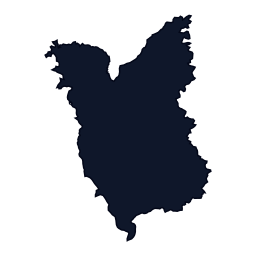 outline of General Carneiro, Paraná, Brazil
{"feature_id": "56859067B36674538841935", "entity_name": "General Carneiro", "entity_type": "district", "adm_level": 2, "iso_a3": "BRA", "parent_name": "Brazil", "parent_adm1": "Paraná", "projection": "albers", "projection_center": [-51.392, -26.479], "detail": "fine", "context": "isolated", "style": "filled", "palette": "ink", "viewbox_px": 256, "rotation_deg": 0, "n_neighbors": 0, "source": "geoboundaries", "source_scale": "gbopen_adm2", "svg_char_len": 5544}
<svg xmlns="http://www.w3.org/2000/svg" viewBox="0 0 256 256"><path d="M57.0,40.3L55.0,41.5L52.6,41.9L53.7,43.8L55.2,44.6L55.4,46.6L54.4,47.3L51.5,46.0L50.4,46.9L51.8,49.4L51.2,50.8L50.8,52.5L49.3,51.7L48.1,52.1L47.8,53.5L45.2,55.1L46.3,57.3L47.3,56.5L48.8,55.9L50.9,56.3L51.5,54.1L53.4,53.3L54.8,54.6L55.8,56.1L56.5,57.4L56.5,58.9L56.6,61.1L58.5,61.7L59.2,62.9L59.3,64.7L59.0,66.5L57.7,66.8L56.0,66.4L55.7,67.9L52.1,69.8L54.0,70.6L56.1,71.1L57.0,72.0L59.0,72.9L60.3,73.3L62.7,74.6L63.2,76.0L63.3,78.1L64.0,79.4L62.0,79.1L60.2,78.4L60.5,79.8L60.9,81.2L60.0,82.7L58.1,85.0L56.9,87.6L58.7,87.2L59.0,88.7L60.9,88.6L62.0,87.1L63.8,86.2L65.3,86.2L66.8,86.6L68.6,86.1L70.6,86.8L72.2,87.5L71.6,89.7L69.1,91.1L68.4,93.3L67.8,95.3L67.5,97.2L67.8,99.2L69.3,100.7L69.6,103.2L70.8,101.8L72.1,103.4L71.0,104.4L72.1,105.5L72.9,106.7L74.8,107.5L76.2,108.4L76.6,110.6L76.4,113.0L76.7,114.8L78.0,116.5L76.8,117.7L75.3,118.1L76.8,119.2L78.2,120.2L79.1,122.6L80.8,124.5L82.4,125.7L81.9,128.0L80.4,128.9L79.5,130.1L79.6,131.9L79.1,133.4L80.1,135.5L78.9,136.4L78.3,138.1L77.9,139.7L78.3,141.2L77.5,142.5L77.6,144.0L78.5,146.3L78.7,147.8L80.1,150.8L79.8,152.4L79.1,154.0L79.5,155.9L81.6,158.1L82.5,159.3L82.9,161.3L83.0,163.9L83.3,165.3L83.7,167.9L84.5,169.6L84.2,171.3L85.0,176.4L86.3,176.1L88.1,176.7L90.3,177.8L92.0,179.5L93.5,181.7L94.5,183.3L95.7,184.8L97.1,186.4L98.3,188.1L98.8,189.4L96.4,190.5L96.3,192.8L95.5,194.7L95.5,196.5L98.1,195.4L100.3,194.5L103.2,195.4L105.0,198.0L105.9,199.4L107.0,201.5L109.1,204.5L108.3,206.9L108.4,210.2L110.7,212.6L112.4,214.7L115.2,216.6L116.0,220.1L116.5,224.7L117.5,227.1L118.8,228.3L121.6,229.9L124.3,230.2L125.8,231.1L128.2,232.0L129.0,233.5L128.1,235.9L127.2,238.8L127.3,240.6L128.4,240.0L131.6,238.8L133.5,236.8L134.5,235.0L134.9,233.7L135.3,231.7L135.3,230.3L135.3,228.7L135.5,226.8L135.2,225.3L134.2,224.0L133.0,223.5L131.7,223.1L130.6,222.0L131.7,220.2L133.1,218.9L134.1,217.5L135.1,216.7L136.1,215.4L137.9,214.7L139.5,214.0L140.9,213.2L142.4,212.9L144.0,213.5L145.7,213.3L147.0,212.8L148.0,211.9L150.4,211.2L151.9,209.8L153.7,208.7L155.2,208.3L156.7,208.4L158.5,208.5L159.8,208.8L161.1,207.8L162.6,207.6L164.0,208.9L164.5,210.8L165.2,212.1L166.6,211.3L168.5,210.7L170.0,209.7L171.5,209.9L173.2,211.0L175.0,211.0L177.4,211.2L179.2,210.5L180.6,210.2L182.0,210.2L182.2,208.9L182.1,207.4L181.9,206.1L182.9,205.0L184.4,205.0L185.5,204.2L185.3,202.1L187.2,202.3L188.7,202.8L190.2,201.5L190.8,199.9L191.8,198.6L192.6,197.5L194.7,198.3L197.1,198.2L199.2,198.2L201.0,198.1L201.9,196.0L201.7,194.5L203.0,193.9L203.3,192.4L205.0,192.7L204.3,191.5L203.1,190.2L202.0,189.2L201.5,187.8L202.5,187.1L203.4,186.2L204.1,185.1L205.0,183.7L206.2,182.9L207.5,181.9L206.6,180.2L206.2,178.3L206.9,177.0L207.7,175.5L207.3,173.7L209.5,172.0L210.8,171.4L210.5,170.0L208.8,169.6L206.9,169.2L205.8,168.3L205.2,167.0L205.0,165.4L205.3,163.8L206.6,162.9L206.9,161.2L205.3,160.9L203.8,160.3L202.2,159.1L200.2,158.8L200.6,156.9L199.2,156.1L197.8,155.6L197.5,153.8L197.5,152.0L197.2,150.3L196.3,148.6L195.8,147.1L194.3,146.8L193.0,146.6L192.1,145.3L190.9,143.9L189.7,143.6L190.7,141.9L189.7,141.1L188.2,140.7L187.4,139.2L188.3,137.7L186.6,136.4L187.8,134.8L188.8,133.1L190.8,132.7L190.3,131.0L189.7,129.4L190.8,128.6L192.0,128.1L193.2,127.4L194.6,126.3L195.7,124.9L194.1,124.5L192.5,123.8L193.4,122.6L194.4,120.8L193.2,119.2L191.2,119.1L188.9,118.4L187.3,117.1L186.0,117.9L184.6,117.8L183.9,116.1L184.7,114.7L185.6,113.3L185.9,111.6L184.7,110.6L183.1,109.8L181.6,108.8L179.9,108.3L178.4,107.2L177.9,105.4L177.9,103.3L177.2,101.9L176.3,100.7L176.0,98.8L177.9,98.0L179.9,97.0L179.9,95.1L179.1,93.3L178.8,91.4L179.6,90.1L181.0,89.5L182.3,90.4L183.7,91.5L184.9,91.0L185.4,89.0L184.4,86.6L185.6,84.8L187.3,84.2L188.7,83.9L190.1,82.4L190.7,81.0L192.1,80.3L193.9,79.6L195.1,78.2L193.5,77.1L192.7,75.1L191.9,73.3L192.1,71.8L193.3,70.1L194.5,68.5L195.1,67.2L193.0,66.4L190.6,65.9L188.9,65.2L187.8,63.3L189.1,63.0L190.4,62.4L190.1,59.9L191.3,59.3L192.4,58.5L192.8,53.5L192.0,52.2L188.8,51.1L188.0,49.9L189.8,47.4L187.4,46.5L186.3,45.1L188.8,44.6L190.5,43.3L189.0,42.7L187.3,42.7L184.1,43.5L182.3,43.4L181.5,42.2L183.2,38.0L184.3,37.2L185.4,38.1L188.4,39.0L189.8,38.5L189.4,35.1L188.5,33.2L188.2,31.8L186.9,31.3L183.9,33.0L181.4,32.8L179.3,32.2L180.5,30.3L181.2,28.4L183.7,28.0L185.2,26.9L187.3,28.1L188.7,27.6L188.1,26.1L187.6,24.6L188.7,23.5L189.9,23.2L191.0,21.4L188.9,20.1L188.3,18.5L189.7,17.9L191.0,15.9L189.1,15.4L186.5,16.8L184.0,18.9L182.7,19.8L182.4,17.4L180.4,16.3L179.3,17.6L177.6,17.7L174.6,17.5L173.2,19.5L173.1,21.9L171.2,22.7L169.5,22.5L166.9,22.2L165.7,23.2L164.7,25.8L163.3,27.3L162.7,28.8L161.1,29.5L158.4,32.3L156.4,33.3L153.9,34.4L152.3,34.9L151.9,36.7L150.6,37.2L149.1,38.5L147.1,39.9L147.1,43.0L146.4,44.9L145.3,47.4L143.9,47.8L142.3,49.4L141.8,51.8L140.3,54.5L137.9,56.2L137.1,58.0L135.6,59.3L130.1,62.7L126.9,63.5L125.2,64.4L124.0,65.0L121.5,65.5L120.2,65.8L119.5,68.3L119.7,71.9L119.1,75.2L118.0,76.9L116.6,77.6L114.8,80.1L113.8,81.3L111.1,80.0L109.8,77.5L108.8,73.8L107.2,73.3L107.8,72.1L106.5,71.7L107.6,69.3L106.8,68.1L107.8,67.1L107.7,65.7L108.8,64.3L108.6,62.5L109.7,61.5L109.4,58.6L109.0,56.4L107.7,56.1L106.5,54.2L105.6,52.4L103.9,52.0L102.5,50.0L99.7,49.0L97.6,47.4L95.9,46.9L94.3,47.2L92.7,46.7L91.2,47.1L89.7,45.5L88.0,45.0L86.0,45.2L84.3,45.2L82.5,43.6L81.1,44.9L79.9,46.3L79.0,44.4L77.3,43.3L76.1,43.9L75.3,41.8L73.3,42.3L71.1,44.8L68.6,44.3L66.9,44.9L64.6,44.5L63.2,44.1L62.1,45.1L59.9,45.0L59.2,46.4L60.3,47.2L58.4,47.9L57.9,46.6L58.1,44.5L57.2,43.1L57.0,40.3Z" fill="#0f172a" stroke="#020617" stroke-width="1.5"/></svg>